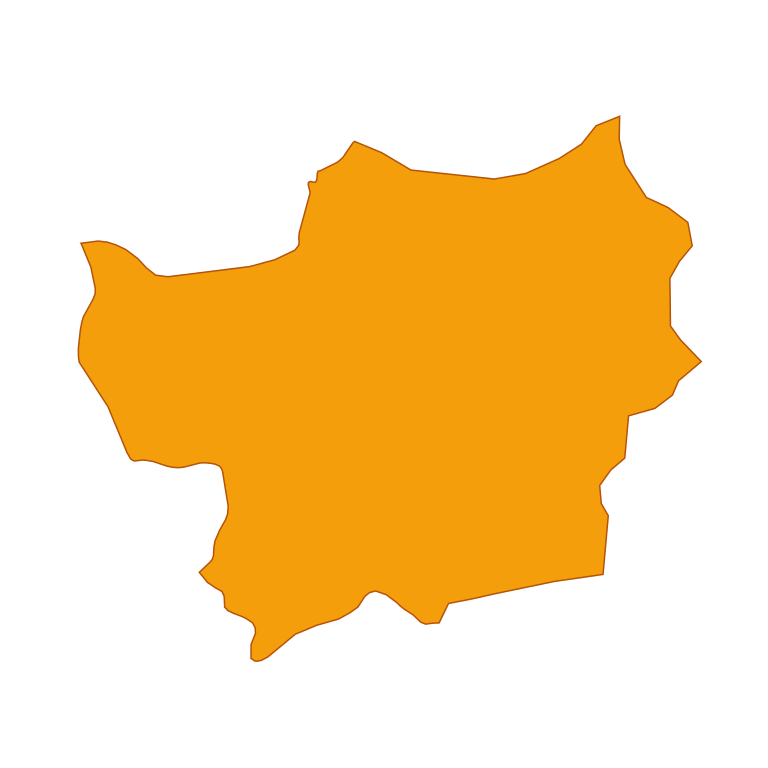 an SVG outline of Kindia, rotated 185°
{"feature_id": "GIN-5643", "entity_name": "Kindia", "entity_type": "Prefecture", "adm_level": 1, "iso_a3": "GIN", "parent_name": "Guinea", "parent_adm1": "", "projection": "orthographic", "projection_center": [-12.581, 10.091], "detail": "fine", "context": "isolated", "style": "filled", "palette": "amber", "viewbox_px": 768, "rotation_deg": 185, "n_neighbors": 0, "source": "natural_earth", "source_scale": "10m", "svg_char_len": 1853}
<svg xmlns="http://www.w3.org/2000/svg" viewBox="0 0 768 768"><g transform="rotate(185 384 384)"><path d="M698.1,497.8L681.2,501.5L672.1,501.2L663.2,499.2L653.1,495.5L640.4,487.6L630.6,478.8L621.0,472.5L608.6,472.0L528.0,489.3L503.7,498.2L484.4,509.6L481.2,514.5L480.9,517.9L481.6,521.6L481.6,527.3L474.3,567.7L474.6,569.3L476.7,575.4L476.9,578.1L475.2,579.4L472.4,579.0L469.8,579.0L468.7,581.7L468.8,588.3L468.1,590.4L466.4,590.7L449.7,600.9L444.8,605.9L436.1,621.4L434.5,623.1L406.4,614.2L375.8,599.5L292.0,597.8L261.3,606.0L229.1,623.9L208.1,640.2L195.2,659.8L172.6,671.2L171.0,648.3L163.0,623.8L138.9,592.7L116.3,584.5L95.4,571.4L89.0,548.5L100.3,532.1L108.4,514.2L103.7,466.8L92.4,453.7L69.9,434.0L90.9,412.8L95.7,398.1L111.9,383.4L137.6,373.6L137.7,331.1L150.6,318.1L160.3,301.7L157.1,283.8L149.1,272.3L149.2,213.4L197.4,202.1L256.9,184.2L276.9,177.8L300.6,171.0L308.3,150.8L314.6,150.0L321.5,148.4L326.6,149.9L335.1,156.7L344.1,161.4L348.5,164.3L352.1,167.3L363.4,174.3L374.3,177.1L380.3,174.9L384.6,170.7L390.6,159.5L397.9,153.2L408.8,145.9L430.2,137.7L450.6,127.0L475.8,102.1L481.9,98.1L486.0,96.8L488.7,96.8L492.6,99.1L493.7,113.1L490.3,124.4L491.1,130.0L494.0,134.5L500.4,138.1L504.2,139.7L514.4,142.6L519.6,144.6L523.3,147.8L524.7,158.6L527.3,163.2L534.2,166.3L542.5,170.9L551.6,180.3L541.6,191.6L539.8,194.3L538.9,198.2L539.2,207.1L538.6,213.1L534.9,224.2L530.0,235.0L528.5,240.8L528.5,248.4L537.2,282.8L538.6,285.7L540.8,287.9L545.1,289.4L550.0,289.9L555.4,289.9L560.3,289.3L576.0,283.8L581.5,282.7L587.3,282.6L592.7,283.2L607.3,286.7L615.1,287.3L618.7,287.1L624.4,285.8L626.1,285.6L627.9,286.1L630.0,287.4L634.0,293.2L656.9,337.2L689.5,379.1L690.8,384.7L691.6,392.9L691.2,411.3L690.4,419.4L689.2,425.1L681.2,443.1L679.6,448.7L679.9,453.8L686.2,474.9L698.0,497.7L698.1,497.8Z" fill="#f59e0b" stroke="#b45309" stroke-width="1.5"/></g></svg>